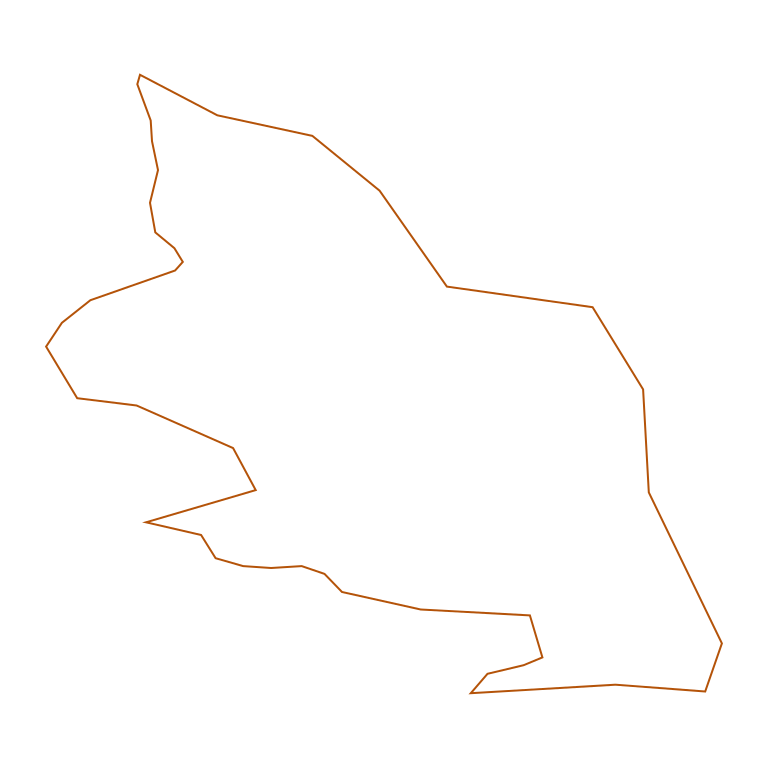 an SVG outline of Vilanu
{"feature_id": "LVA-5753", "entity_name": "Vilanu", "entity_type": "Municipality", "adm_level": 1, "iso_a3": "LVA", "parent_name": "Latvia", "parent_adm1": "", "projection": "equal_earth", "projection_center": [26.851, 56.564], "detail": "fine", "context": "isolated", "style": "outline", "palette": "amber", "viewbox_px": 768, "rotation_deg": 0, "n_neighbors": 0, "source": "natural_earth", "source_scale": "10m", "svg_char_len": 625}
<svg xmlns="http://www.w3.org/2000/svg" viewBox="0 0 768 768"><path d="M271.1,568.0L243.1,566.1L215.6,558.2L201.1,535.0L146.0,522.3L255.7,490.1L233.1,448.1L136.6,405.5L77.2,398.2L46.1,346.6L61.9,322.8L90.4,300.2L175.1,270.5L182.8,261.9L174.4,248.2L155.3,232.4L150.0,202.8L158.0,170.1L152.0,141.2L150.7,120.5L137.3,84.2L140.0,74.8L217.3,115.3L312.4,135.9L379.6,190.7L446.9,286.6L592.6,307.2L643.1,389.4L648.8,492.4L721.9,643.4L705.2,691.5L615.4,684.7L470.8,693.2L487.5,673.8L523.6,665.2L542.4,657.4L529.9,615.4L420.7,609.5L342.0,592.0L324.5,573.9L301.7,566.1L271.1,568.0Z" fill="none" stroke="#b45309" stroke-width="2"/></svg>